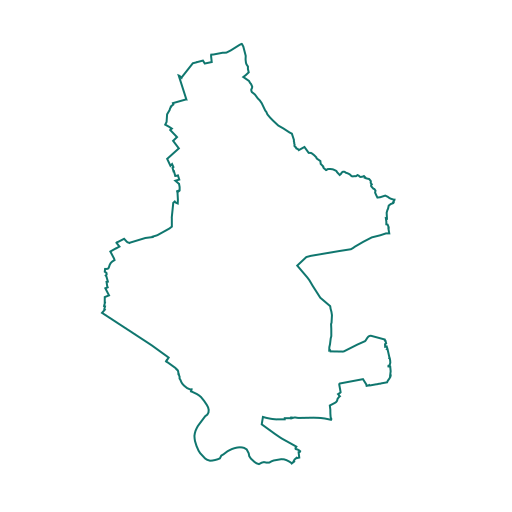 Echt-Susteren, Limburg, Netherlands, rotated 277°
{"feature_id": "6326949B70373820713642", "entity_name": "Echt-Susteren", "entity_type": "district", "adm_level": 2, "iso_a3": "NLD", "parent_name": "Netherlands", "parent_adm1": "Limburg", "projection": "albers", "projection_center": [5.901, 51.082], "detail": "fine", "context": "isolated", "style": "outline", "palette": "teal", "viewbox_px": 512, "rotation_deg": 277, "n_neighbors": 0, "source": "geoboundaries", "source_scale": "gbopen_adm2", "svg_char_len": 6046}
<svg xmlns="http://www.w3.org/2000/svg" viewBox="0 0 512 512"><g transform="rotate(277 256 256)"><path d="M113.7,208.0L113.4,209.3L111.8,214.1L110.7,216.4L109.3,218.6L105.8,222.2L102.1,225.4L99.9,226.9L97.5,227.8L94.9,227.9L92.6,227.0L90.8,225.1L82.1,220.1L79.9,218.9L77.5,218.0L75.2,217.3L72.6,216.9L70.0,216.8L67.4,217.3L64.9,218.0L60.2,220.1L55.8,222.7L53.5,224.6L48.8,230.2L47.8,232.3L47.2,235.3L47.6,237.4L48.5,240.2L49.5,242.6L50.7,244.8L53.7,245.9L55.1,247.8L58.7,251.5L60.1,253.5L61.5,255.7L62.6,258.0L63.5,260.4L64.1,262.8L64.3,265.2L64.1,267.5L62.9,270.3L59.3,272.8L56.5,273.7L54.3,275.6L51.4,279.6L50.3,281.8L49.8,284.3L51.6,286.9L52.4,289.0L52.2,291.8L52.6,294.4L54.1,296.4L55.2,298.5L57.4,305.8L57.6,308.5L57.1,311.1L56.2,313.6L55.1,316.0L54.4,316.7L56.6,318.9L56.8,318.7L56.7,318.3L58.7,319.1L60.7,320.9L60.4,321.3L61.2,323.5L66.4,322.2L66.8,323.3L67.6,323.6L68.3,322.5L69.0,320.8L69.2,319.1L69.4,318.8L70.2,318.6L71.7,319.3L77.9,304.0L79.0,301.7L81.8,296.3L89.6,282.2L97.1,282.5L96.6,285.9L96.3,289.7L96.2,292.2L96.3,295.9L97.4,304.4L98.5,304.3L99.3,310.5L99.9,310.4L100.0,310.9L99.6,310.9L99.6,311.2L99.3,311.2L100.3,313.5L100.5,314.5L100.4,317.0L100.5,318.4L102.5,332.6L102.9,337.1L103.1,339.9L103.1,344.1L102.6,350.1L102.8,350.1L102.7,351.3L102.9,350.9L104.7,349.9L105.2,349.7L108.8,349.0L112.5,348.5L116.6,347.5L119.9,352.3L120.9,353.4L122.2,354.1L124.3,354.4L126.5,355.8L127.0,356.3L127.7,355.4L128.1,355.2L128.9,354.3L130.6,356.3L131.1,356.6L138.5,354.3L139.1,354.3L139.6,354.6L139.7,354.9L142.1,362.4L146.8,377.2L142.0,381.1L140.6,381.6L140.9,382.5L141.5,383.7L141.2,383.7L141.5,385.2L143.2,390.6L143.5,391.9L144.2,393.7L144.4,394.9L144.9,396.0L146.6,401.5L148.2,402.0L150.4,403.2L152.5,404.1L153.7,404.2L153.6,403.7L158.0,403.7L162.6,402.7L162.5,400.9L162.9,400.8L163.3,400.9L163.6,401.9L163.9,402.0L166.5,402.3L168.6,401.9L170.8,401.2L170.9,400.7L171.5,400.8L178.2,398.4L179.5,397.9L179.3,397.6L179.4,397.4L179.8,397.8L182.2,396.7L181.6,395.3L182.5,395.1L184.2,394.8L185.1,395.8L187.5,394.9L187.5,394.5L187.7,394.3L187.9,394.4L188.8,394.0L190.8,380.1L190.8,379.4L190.6,378.8L190.2,378.0L189.6,377.3L188.4,376.5L185.3,375.0L184.7,374.5L180.5,367.5L172.0,354.8L171.7,353.7L170.4,341.5L171.4,341.1L171.1,340.2L174.5,339.9L177.4,340.2L183.2,340.2L185.7,340.5L192.9,339.6L197.6,338.8L199.0,339.1L206.5,338.6L209.7,337.7L212.9,336.4L214.8,335.9L215.3,335.7L222.4,324.9L233.4,315.8L238.5,311.9L240.9,309.6L251.5,298.1L261.1,306.1L262.8,310.3L271.0,337.8L274.3,349.4L275.8,351.4L277.3,353.0L283.2,360.8L288.6,368.7L291.7,376.8L294.3,382.3L294.7,385.5L299.4,384.1L299.4,384.3L300.7,384.2L303.2,382.8L303.3,381.5L305.9,381.2L309.3,380.3L309.1,381.4L314.9,380.4L317.5,380.8L319.1,381.3L322.2,381.6L324.0,383.4L325.2,385.8L326.0,386.1L326.2,385.6L328.5,386.6L328.8,386.6L328.7,385.9L329.3,382.8L329.8,381.3L330.8,379.6L331.7,376.9L329.5,372.2L328.8,369.4L330.9,368.0L333.4,366.5L335.5,366.6L336.9,365.3L337.1,364.3L339.2,361.9L340.4,361.6L341.2,362.2L342.6,360.9L343.9,360.9L344.5,360.7L346.2,358.9L346.5,355.8L346.9,354.5L347.4,354.8L348.5,353.4L347.8,352.3L347.2,350.2L347.4,349.3L348.2,348.3L348.7,346.9L347.5,345.7L347.3,345.0L347.3,344.4L346.8,342.1L346.8,341.6L347.2,340.7L348.2,339.5L348.8,338.2L349.3,336.7L349.6,335.0L350.3,333.8L350.4,333.0L350.1,331.8L349.2,330.9L348.1,330.5L346.6,329.2L349.0,326.3L350.1,325.5L350.5,324.6L351.2,322.4L351.4,321.6L351.4,319.1L351.2,317.7L350.9,316.3L349.9,315.5L349.8,315.0L350.3,314.4L351.5,312.5L352.8,311.7L353.1,311.8L355.3,309.0L358.1,308.3L360.1,304.5L360.4,304.2L361.2,303.9L363.1,301.5L364.5,299.2L365.0,298.0L364.8,295.7L370.1,290.8L366.4,285.7L366.6,285.6L367.0,284.6L367.5,284.2L367.5,283.3L367.6,283.0L368.1,282.6L368.7,282.4L369.5,281.0L370.2,280.7L371.1,280.8L372.4,280.2L373.3,280.1L374.5,279.6L375.8,279.5L381.8,276.7L382.7,274.2L385.9,267.7L388.2,262.2L392.6,256.2L395.1,253.1L397.9,250.1L400.4,248.6L401.4,247.5L408.3,243.1L410.9,240.8L412.6,238.6L416.1,235.3L416.9,234.1L418.2,231.9L419.3,231.3L420.6,231.0L422.4,231.6L423.6,231.6L426.0,230.2L427.1,229.0L428.9,227.7L432.1,221.6L434.3,223.8L437.4,226.4L440.6,225.2L443.1,224.9L444.9,223.3L446.5,222.5L449.8,221.7L453.4,221.4L462.3,217.9L464.7,216.2L464.8,216.0L464.7,215.7L463.5,213.9L456.9,205.8L454.3,201.9L454.1,201.1L453.7,198.2L450.8,189.2L450.4,187.0L449.2,187.0L443.1,188.4L440.8,181.7L443.5,179.5L441.3,174.0L441.2,173.5L441.0,173.4L439.6,169.8L424.3,160.5L423.8,160.4L425.2,158.5L425.6,157.7L425.7,157.3L402.9,167.8L402.9,167.5L397.6,154.9L396.3,155.5L394.4,153.6L394.3,153.8L392.0,152.7L390.4,152.5L385.8,150.5L378.2,150.9L375.3,149.9L373.7,153.9L372.2,156.9L370.9,155.6L370.6,155.5L364.4,163.1L360.2,159.7L353.4,166.3L341.6,156.0L335.1,160.1L337.0,161.5L334.2,163.2L333.3,162.4L330.0,163.8L330.2,164.2L325.6,166.1L325.8,167.0L326.5,168.7L322.5,170.5L320.9,166.8L318.4,170.5L318.3,170.8L315.1,171.8L311.8,172.2L311.5,172.1L310.9,171.5L311.4,171.1L310.7,169.8L309.2,170.4L302.5,171.6L298.6,171.9L299.0,170.4L299.5,169.4L300.2,168.7L298.7,167.4L283.9,167.7L283.6,167.8L274.9,168.9L272.8,166.8L264.8,155.8L264.2,154.7L262.6,151.0L262.2,151.1L260.4,144.0L253.8,129.1L253.5,128.9L254.0,126.7L254.7,125.7L257.0,123.0L253.4,117.7L252.4,115.9L252.7,115.3L248.7,119.3L246.4,116.1L246.5,116.0L242.7,110.9L236.2,115.4L234.7,116.1L233.0,114.0L231.8,113.0L231.2,112.6L229.5,111.9L226.6,111.3L225.7,110.9L225.3,110.3L225.0,109.6L224.8,107.8L222.0,107.8L221.4,108.9L221.0,109.6L219.7,110.0L219.0,109.8L218.3,109.2L217.5,110.0L212.5,112.1L212.1,110.8L207.9,112.0L206.8,112.6L205.6,110.4L199.0,114.9L196.8,110.9L191.6,111.5L191.5,111.8L187.8,111.3L187.6,112.3L184.7,111.9L184.3,112.5L180.8,110.1L156.7,159.2L154.4,163.8L144.5,181.7L141.7,180.3L141.8,180.1L140.5,179.5L140.1,180.0L139.6,181.4L135.2,189.4L134.2,190.8L134.0,190.7L133.4,191.5L133.5,191.6L133.0,192.3L131.7,192.9L129.4,193.4L129.5,193.7L127.9,194.3L126.8,194.9L125.4,195.0L125.0,195.1L123.8,196.1L122.0,197.1L120.9,197.9L119.9,198.8L118.5,200.5L116.5,203.7L115.3,207.7L115.8,208.0L115.8,208.3L113.7,208.0Z" fill="none" stroke="#0f766e" stroke-width="2"/></g></svg>